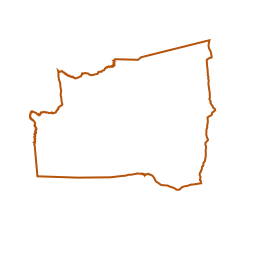 the district of Yaví, Jujuy, Argentina, rotated 347°
{"feature_id": "61730980B17407958230561", "entity_name": "Yaví", "entity_type": "district", "adm_level": 2, "iso_a3": "ARG", "parent_name": "Argentina", "parent_adm1": "Jujuy", "projection": "natural_earth1", "projection_center": [-65.741, -22.313], "detail": "fine", "context": "isolated", "style": "outline", "palette": "amber", "viewbox_px": 256, "rotation_deg": 347, "n_neighbors": 0, "source": "geoboundaries", "source_scale": "gbopen_adm2", "svg_char_len": 5546}
<svg xmlns="http://www.w3.org/2000/svg" viewBox="0 0 256 256"><g transform="rotate(347 128 128)"><path d="M186.8,198.3L186.7,197.9L187.0,196.3L187.0,195.8L186.4,195.0L187.6,192.1L187.6,191.4L187.2,190.4L187.6,188.8L188.2,187.6L189.0,187.2L189.3,186.6L189.6,185.8L190.2,185.4L190.6,184.9L191.0,183.8L191.2,182.9L191.4,182.4L191.6,182.2L192.6,182.0L193.2,180.8L193.4,179.5L193.7,178.9L194.9,178.1L195.6,177.3L196.2,175.6L196.5,175.2L197.6,172.4L197.8,171.8L197.9,170.6L198.4,169.0L198.5,167.7L198.7,167.0L199.5,165.5L199.8,164.2L199.9,163.0L199.6,162.2L199.9,160.4L200.2,159.9L201.0,159.5L201.5,158.8L203.1,157.9L203.3,157.3L203.3,156.7L202.8,155.1L202.8,153.1L202.7,152.6L202.8,152.0L204.0,147.5L205.4,145.2L205.5,144.9L205.6,143.5L206.1,142.4L206.5,141.9L207.5,138.6L207.8,135.8L208.5,135.3L212.5,134.1L213.4,132.1L213.8,131.7L214.7,131.6L215.4,131.1L216.2,130.8L216.9,130.3L217.1,129.3L215.6,127.3L215.2,125.3L214.5,123.8L214.1,122.4L214.0,121.8L214.3,121.5L214.6,120.6L214.3,120.1L213.8,118.2L213.9,117.8L214.5,117.1L214.7,116.5L215.4,112.6L215.6,111.7L216.0,105.8L216.3,103.8L216.2,103.1L217.3,100.0L217.3,98.6L217.2,98.0L217.3,97.5L217.8,96.6L217.8,96.0L217.7,95.7L217.6,94.6L217.9,94.0L218.1,91.9L218.4,90.7L218.5,89.7L218.8,88.4L218.9,86.3L219.9,80.0L220.2,79.2L221.6,78.6L222.1,78.6L222.6,78.3L224.1,78.0L224.8,78.2L225.4,78.1L225.8,74.5L225.7,72.1L225.4,70.5L225.2,70.1L224.9,68.9L224.9,66.6L225.2,65.2L225.4,64.6L227.1,60.8L156.7,62.0L153.1,63.8L131.1,58.1L130.5,58.2L130.3,58.4L130.1,58.5L130.0,58.8L129.8,58.8L129.6,59.1L129.8,59.5L129.3,59.4L129.5,59.7L129.2,60.3L129.1,60.7L128.8,60.6L128.7,60.9L129.2,61.7L128.8,61.9L128.5,61.8L128.5,62.0L128.8,62.1L128.4,62.1L128.3,62.5L128.6,62.6L128.6,62.3L128.9,62.5L129.0,62.7L128.8,62.9L129.0,63.1L129.0,63.4L128.5,63.8L128.3,63.7L128.1,64.0L128.4,64.2L128.0,64.5L127.4,64.4L127.3,64.7L126.8,64.8L126.8,64.4L126.4,64.5L126.4,63.9L125.8,64.2L125.4,64.1L125.3,64.3L124.4,64.1L123.9,64.5L123.5,64.1L123.2,63.7L122.9,63.6L122.2,63.9L121.5,63.8L121.2,64.4L121.0,64.5L120.2,64.2L119.6,64.3L118.9,65.2L117.7,66.3L116.3,66.3L115.8,66.5L115.5,66.8L114.9,67.2L114.1,66.9L113.1,67.0L111.9,66.7L111.6,66.9L111.3,67.9L110.9,68.2L109.4,68.4L107.5,68.3L106.0,68.5L104.9,68.4L103.1,67.9L102.5,67.4L101.6,66.2L101.0,65.8L99.8,65.4L99.1,64.9L98.5,64.8L97.4,65.0L96.1,64.4L95.6,64.5L95.4,64.7L95.5,65.1L95.4,65.5L95.0,65.9L94.3,66.1L93.6,67.2L92.3,67.2L91.0,67.7L90.3,67.6L88.5,67.9L87.9,67.9L87.4,67.3L87.1,67.3L86.6,67.0L86.6,66.7L86.3,66.4L85.9,65.9L85.8,65.6L85.1,65.8L84.8,65.5L84.3,65.5L83.9,64.8L83.3,64.9L82.9,64.6L82.3,64.0L82.3,63.8L81.9,63.9L81.7,63.7L81.5,63.4L81.0,63.3L81.0,63.0L80.7,62.9L80.5,62.5L80.6,62.2L80.2,61.6L79.9,61.3L79.4,61.5L79.3,61.3L79.2,61.3L79.2,61.0L78.8,60.7L78.6,59.8L78.2,59.6L78.1,59.8L77.8,59.7L77.6,59.3L77.3,59.0L77.1,58.5L76.6,58.1L76.6,57.9L76.5,57.7L76.1,57.7L75.9,57.6L75.0,58.0L74.6,58.0L73.8,57.9L72.8,56.4L72.8,57.7L72.5,59.0L72.3,60.4L71.8,62.0L71.6,66.3L71.9,67.5L72.0,69.2L71.7,70.5L71.5,71.9L71.3,74.5L71.3,76.5L70.8,78.1L70.1,79.4L69.7,81.6L69.8,83.6L69.3,86.5L69.2,88.0L69.4,88.9L69.3,90.4L68.8,91.0L67.6,91.1L66.9,91.5L66.4,91.6L65.7,92.1L65.0,92.2L64.9,92.4L64.9,92.7L64.6,92.9L64.3,93.9L64.0,94.1L63.5,94.0L63.4,94.3L63.1,94.6L63.0,94.9L62.7,95.1L61.9,95.4L61.2,96.5L60.5,96.7L59.5,96.6L58.6,96.8L58.1,96.3L57.7,96.5L57.6,96.0L57.2,96.0L56.8,95.7L56.4,95.9L55.9,95.8L55.1,95.9L53.9,95.4L52.9,94.6L52.0,94.6L51.1,94.3L50.6,93.6L49.9,93.7L49.3,93.3L48.5,93.4L48.0,93.7L47.4,93.6L47.0,93.2L46.4,93.4L46.1,94.1L45.6,94.6L45.6,95.2L45.2,95.4L44.6,95.4L44.4,95.7L44.2,95.7L43.9,94.8L43.6,95.1L43.4,95.0L43.2,94.4L42.6,93.9L42.4,93.4L41.7,92.5L40.4,91.7L38.7,90.3L38.1,90.0L37.7,90.2L37.4,90.5L37.6,91.1L37.6,91.3L37.3,91.4L36.7,91.2L36.6,91.6L36.2,91.9L35.6,92.9L35.9,93.2L35.9,93.5L35.1,94.5L35.0,94.8L35.1,95.4L34.9,95.6L35.0,95.8L35.4,95.8L35.5,96.0L35.5,96.3L35.3,96.6L35.8,96.7L35.9,96.9L35.9,97.1L35.5,97.2L35.6,97.6L36.2,97.7L36.4,98.5L37.1,98.7L37.2,99.4L37.9,100.1L38.4,101.2L38.6,102.6L38.2,103.1L38.1,103.8L37.5,104.1L37.5,104.7L37.5,104.9L37.8,104.9L38.0,105.1L37.8,105.7L38.3,106.5L38.0,107.2L38.2,107.4L38.5,107.4L38.5,107.9L38.6,108.2L38.4,108.3L38.0,108.2L37.8,108.5L37.9,109.9L37.5,110.0L37.0,110.0L36.6,110.8L37.1,111.5L36.9,112.0L37.2,112.2L37.1,112.4L36.7,112.7L36.4,112.4L35.9,112.3L35.8,112.7L36.0,113.0L36.0,113.4L35.9,113.5L35.5,113.1L35.3,113.2L35.3,113.4L35.6,113.8L35.7,114.4L35.9,114.6L35.7,115.3L34.9,115.5L35.0,116.0L34.7,116.1L34.9,116.6L34.8,116.9L35.0,117.5L35.2,117.9L34.9,118.1L34.5,118.0L34.4,118.2L34.6,118.9L34.3,119.2L34.4,120.1L33.8,120.3L34.0,120.8L33.7,120.9L33.5,121.3L33.3,121.3L33.7,121.9L33.4,122.3L33.4,122.5L33.0,122.8L32.9,123.0L33.1,124.3L28.9,154.7L68.0,165.1L99.9,172.1L111.5,173.4L114.8,173.9L118.2,173.7L120.5,174.2L126.3,174.5L126.7,174.3L130.3,175.6L130.9,175.5L131.1,175.9L131.4,175.6L132.0,176.1L132.3,176.0L132.5,176.1L132.4,176.4L132.8,176.7L133.1,177.3L133.2,176.9L133.4,176.8L133.7,177.2L134.1,177.1L134.3,177.5L134.5,177.7L135.1,177.3L135.9,177.4L136.6,177.1L137.5,177.2L137.9,177.3L138.6,178.4L138.8,178.5L139.3,178.5L139.9,178.9L141.0,179.9L141.4,180.5L141.8,181.3L142.5,183.5L142.7,184.8L143.4,186.6L143.8,187.2L145.0,188.0L145.5,188.8L147.4,190.9L148.2,191.3L153.7,193.0L156.2,195.0L158.1,195.9L159.0,196.6L160.6,198.0L161.1,198.7L161.7,199.1L162.6,199.5L163.7,199.4L164.4,199.6L167.1,197.9L169.4,197.6L171.5,197.6L173.4,197.8L174.4,197.5L175.5,197.5L177.0,197.3L178.0,197.6L180.5,197.9L181.6,197.8L182.4,198.1L183.4,198.0L186.8,198.3Z" fill="none" stroke="#b45309" stroke-width="2"/></g></svg>